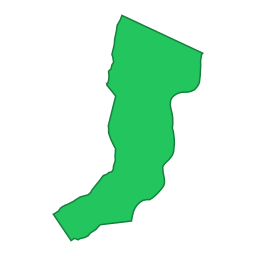 the district of En Leur Ba/Balca, Choiseul, Saint Lucia
{"feature_id": "8701671B91249744249717", "entity_name": "En Leur Ba/Balca", "entity_type": "district", "adm_level": 2, "iso_a3": "LCA", "parent_name": "Saint Lucia", "parent_adm1": "Choiseul", "projection": "natural_earth1", "projection_center": [-61.02, 13.776], "detail": "fine", "context": "isolated", "style": "filled", "palette": "green", "viewbox_px": 256, "rotation_deg": 0, "n_neighbors": 0, "source": "geoboundaries", "source_scale": "gbopen_adm2", "svg_char_len": 2524}
<svg xmlns="http://www.w3.org/2000/svg" viewBox="0 0 256 256"><path d="M202.7,53.2L121.9,15.4L120.5,19.4L117.2,25.2L116.3,31.5L114.7,39.0L114.3,44.3L113.4,48.3L111.9,54.5L112.8,57.0L113.6,62.3L111.9,64.9L111.0,69.1L110.0,69.8L109.4,70.4L108.7,71.1L108.6,71.5L108.6,72.5L108.8,74.0L108.9,74.6L109.0,75.6L109.0,76.5L108.9,77.9L108.7,79.1L108.6,80.0L108.4,81.0L107.9,82.6L107.5,83.7L107.2,84.7L106.8,84.3L107.0,85.3L115.7,96.0L108.3,125.8L108.5,127.3L108.6,128.3L108.6,129.5L108.7,130.3L108.6,131.7L108.6,132.8L108.8,133.6L109.3,134.8L109.8,136.2L110.1,137.2L110.7,138.8L111.2,140.1L112.0,141.7L112.8,143.4L113.8,145.5L114.7,147.1L115.3,148.1L115.7,149.1L115.3,150.3L115.4,151.9L115.2,154.4L115.0,156.0L115.1,157.4L115.2,158.8L115.3,159.9L115.2,160.7L113.8,165.2L113.4,166.7L113.4,167.9L113.3,169.0L112.7,170.2L112.2,171.0L111.7,171.9L109.1,172.4L108.5,173.0L107.5,173.6L106.5,174.4L105.9,174.7L105.1,174.9L104.3,175.1L103.5,175.5L102.9,176.1L101.9,177.3L99.6,180.6L96.5,184.3L93.7,187.9L92.2,189.7L91.6,190.6L91.1,191.6L90.9,192.3L90.5,192.6L88.1,194.8L83.6,196.0L81.9,196.6L81.1,196.7L80.1,197.1L79.4,197.4L78.5,198.1L77.6,198.6L76.6,199.2L76.3,199.4L75.7,199.7L75.0,200.3L74.3,200.7L73.4,201.4L72.4,201.9L71.4,202.4L70.8,202.7L69.9,203.2L69.1,203.6L67.3,204.5L66.0,204.9L64.8,205.4L63.8,206.1L62.7,206.5L62.0,207.0L61.3,207.5L60.3,208.4L59.5,209.6L59.0,210.4L58.7,210.8L58.3,211.2L57.8,211.5L57.1,211.9L56.7,212.2L55.9,212.8L55.4,213.1L54.3,213.8L53.9,214.0L53.3,214.2L71.1,240.6L74.0,238.6L75.1,238.5L78.1,239.8L80.0,238.6L84.4,237.6L85.8,237.0L88.1,235.8L90.4,232.9L92.3,231.8L96.3,229.1L97.6,227.4L100.2,224.7L131.5,221.0L131.5,220.6L132.0,217.7L132.8,214.0L133.7,210.9L135.2,207.8L137.1,205.0L139.8,202.4L143.1,200.3L147.2,199.6L149.5,199.7L152.2,198.1L155.0,195.8L157.9,193.0L161.2,189.3L163.7,185.7L164.5,182.9L164.4,179.5L164.1,177.5L163.6,174.7L163.1,172.6L162.9,169.7L162.7,167.3L163.3,165.6L164.9,163.4L166.8,161.6L168.3,160.3L170.4,157.8L171.7,156.1L172.8,154.1L173.5,151.9L173.8,149.9L174.0,147.2L174.4,143.7L174.3,140.9L174.2,138.3L173.6,133.6L173.3,131.2L172.5,128.9L172.4,127.8L172.7,124.7L172.8,123.0L172.7,118.3L172.2,114.3L171.5,111.1L170.8,108.3L170.3,105.1L170.4,102.6L170.8,99.9L171.6,98.3L173.3,96.3L175.6,94.5L178.0,93.3L181.5,92.3L183.7,92.2L185.4,92.1L187.4,92.1L190.6,91.5L194.6,89.7L197.4,86.4L198.9,83.8L199.5,81.7L199.8,78.7L200.2,75.6L200.4,71.3L200.7,65.5L200.6,63.5L200.6,63.2L200.6,60.3L201.1,57.9L201.4,55.3L202.4,53.5L202.7,53.2Z" fill="#22c55e" stroke="#15803d" stroke-width="1.5"/></svg>